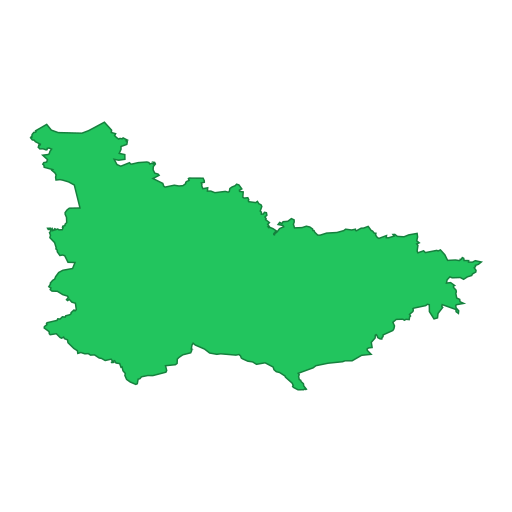 Newcastle West Lea-6, Limerick, Ireland
{"feature_id": "5873133B14454086811136", "entity_name": "Newcastle West Lea-6", "entity_type": "district", "adm_level": 2, "iso_a3": "IRL", "parent_name": "Ireland", "parent_adm1": "Limerick", "projection": "robinson", "projection_center": [-9.078, 52.442], "detail": "fine", "context": "isolated", "style": "filled", "palette": "green", "viewbox_px": 512, "rotation_deg": 0, "n_neighbors": 0, "source": "geoboundaries", "source_scale": "gbopen_adm2", "svg_char_len": 5985}
<svg xmlns="http://www.w3.org/2000/svg" viewBox="0 0 512 512"><path d="M458.4,313.4L458.7,310.8L456.1,307.9L455.7,305.7L456.4,304.7L463.7,303.4L460.0,301.7L459.7,299.4L456.7,298.0L455.8,293.4L456.3,291.9L456.0,290.1L453.5,287.4L453.5,286.0L454.6,285.5L450.6,282.6L446.4,283.1L447.1,279.8L449.9,276.8L452.1,277.8L460.2,277.5L463.6,279.3L467.5,276.8L471.7,275.5L472.4,274.0L475.8,272.0L476.0,270.3L474.2,267.8L475.5,266.6L475.4,265.4L478.4,264.3L481.3,262.0L475.3,260.7L472.4,262.2L468.5,262.1L468.7,260.6L464.1,260.5L463.7,258.3L462.3,257.6L461.4,259.2L460.3,259.3L460.4,259.8L459.3,260.6L455.5,260.0L447.6,260.4L444.8,254.7L440.4,249.9L438.1,251.0L436.8,250.4L425.4,252.6L423.6,250.8L417.9,252.8L417.1,251.1L417.9,245.4L416.7,243.9L419.2,242.8L416.7,240.8L417.6,237.0L417.1,233.4L408.7,234.9L404.0,236.8L397.4,236.4L394.8,234.4L393.0,234.5L394.2,236.1L388.2,237.9L386.2,237.7L386.5,235.6L378.9,238.4L377.3,237.5L375.6,235.1L375.9,233.3L374.3,233.2L372.5,231.0L371.3,230.6L368.2,226.4L363.6,228.1L361.1,228.2L356.4,230.8L355.6,230.5L355.4,229.2L351.7,230.0L345.6,229.2L343.8,230.6L337.0,232.5L326.6,233.1L320.0,235.2L317.7,235.1L314.8,232.3L314.0,230.6L312.9,230.5L312.6,229.0L309.8,227.0L306.4,226.2L302.1,227.6L294.5,227.9L293.4,224.2L294.2,222.0L294.1,219.9L291.4,218.6L287.8,221.3L283.1,221.7L281.9,223.5L279.7,222.4L278.1,224.5L282.9,225.5L283.7,226.8L279.6,228.6L277.1,231.9L274.7,233.8L274.5,234.8L273.8,234.6L273.7,233.8L276.2,230.8L272.9,228.6L269.7,227.3L268.8,227.7L268.1,226.8L269.4,226.7L267.7,224.3L269.4,222.6L265.6,219.6L266.1,218.7L265.0,217.0L266.9,215.2L266.4,212.7L264.4,212.3L263.4,214.0L261.4,214.2L261.4,212.1L260.2,211.1L261.8,206.5L261.1,204.9L258.8,203.7L257.4,201.4L255.8,202.6L248.7,201.7L248.3,200.8L248.8,199.8L247.8,197.7L244.2,198.1L242.8,197.2L243.2,191.9L239.6,191.4L239.4,190.1L241.8,188.9L238.9,184.9L236.6,184.2L235.2,185.7L232.0,187.0L229.9,188.5L229.3,191.5L228.2,192.2L225.3,191.4L214.9,192.7L210.9,191.1L207.4,191.1L207.7,187.8L202.9,188.7L201.7,185.9L201.9,184.5L201.3,182.9L204.3,182.3L204.3,180.8L203.1,178.2L189.2,178.1L188.4,178.6L189.1,180.4L186.4,181.6L185.7,182.5L185.7,183.6L182.9,185.7L178.9,186.0L174.3,185.2L165.1,187.1L163.7,186.1L162.8,183.4L152.9,178.5L159.1,175.3L158.1,174.1L154.7,173.1L153.1,169.8L153.3,166.6L155.4,164.0L154.6,162.4L153.7,162.3L154.4,162.9L153.5,163.1L153.9,163.3L153.4,164.0L151.9,163.2L149.9,164.0L148.9,162.5L146.9,162.0L138.3,162.6L131.7,164.1L130.6,164.0L129.5,162.7L120.8,166.2L117.0,164.6L114.1,159.3L118.7,160.2L124.9,159.3L124.8,154.6L119.2,153.4L121.0,149.3L121.0,146.5L126.8,144.4L127.3,141.7L126.1,140.9L127.4,140.1L123.1,137.9L122.2,138.8L119.9,138.4L118.7,139.1L116.5,137.5L114.6,135.6L115.6,133.7L111.3,132.5L111.6,130.2L104.4,122.2L88.7,130.6L81.9,133.2L58.2,132.6L51.3,130.1L46.7,124.4L35.7,130.7L36.1,131.2L35.7,132.1L33.8,132.4L32.1,134.5L31.9,136.3L31.1,137.0L31.6,137.5L30.7,137.9L32.3,139.9L34.2,140.2L35.4,141.7L40.4,144.2L40.1,145.0L38.7,145.1L38.7,146.7L38.2,147.1L39.8,148.9L43.1,148.8L46.1,149.9L47.1,149.6L47.2,148.4L49.0,148.0L51.6,149.1L50.0,151.3L49.2,153.8L48.2,154.5L42.7,155.2L47.5,159.6L46.6,162.1L43.8,162.6L42.8,164.2L43.9,165.2L44.2,167.3L52.7,169.6L51.8,170.3L54.8,172.8L56.1,174.9L55.6,177.1L56.0,180.0L60.0,179.6L62.6,180.1L68.6,181.9L74.3,185.0L80.0,208.0L69.3,208.2L67.1,209.9L65.1,212.6L65.2,214.4L66.5,217.3L66.7,222.6L65.1,224.2L64.9,225.6L62.8,226.2L62.5,227.3L63.1,227.5L62.3,229.7L59.0,229.9L57.7,229.0L56.1,229.6L54.8,228.7L54.2,229.3L55.0,229.9L52.4,230.7L52.2,228.8L51.1,229.9L50.7,228.2L47.6,228.3L48.3,229.5L49.5,229.2L50.5,230.0L50.5,231.6L49.5,232.6L50.5,235.2L49.9,237.7L54.6,242.6L56.2,247.9L55.9,248.9L57.2,250.1L57.3,251.8L59.9,255.5L62.5,255.0L64.7,255.7L68.0,262.3L75.0,262.5L72.6,268.5L62.8,270.3L58.7,272.5L55.6,276.7L54.7,279.1L52.7,280.3L50.3,283.1L50.5,284.0L48.8,286.7L50.9,287.9L50.2,289.6L52.0,291.1L57.4,291.3L62.7,294.6L67.5,296.1L68.3,297.4L66.5,299.7L67.7,300.6L69.2,299.3L71.9,302.2L75.4,303.2L76.3,309.6L75.0,310.9L74.0,310.0L71.1,312.6L71.1,313.6L69.9,314.7L65.7,315.8L65.1,317.1L62.4,316.8L60.0,319.1L57.8,318.8L57.0,320.4L47.1,322.7L46.5,323.4L46.9,324.7L44.4,326.6L44.2,328.0L49.1,331.6L49.3,333.7L50.2,334.7L56.3,333.7L60.1,337.5L61.6,338.2L63.6,337.1L64.5,338.7L67.5,339.8L68.0,342.7L73.9,348.5L77.4,350.7L77.8,353.4L80.9,352.5L84.8,353.8L88.3,353.6L90.5,355.1L94.5,354.9L99.2,358.0L101.5,358.4L105.2,360.5L111.1,359.2L112.7,361.3L111.5,362.2L111.8,362.6L113.6,362.4L112.9,361.3L114.6,360.7L116.0,363.0L119.7,363.6L121.0,367.3L122.0,366.9L123.0,370.8L125.3,373.5L124.9,375.5L126.6,379.4L130.2,382.0L135.8,384.4L137.3,383.7L138.1,379.2L139.9,378.7L141.5,376.8L147.8,375.5L152.8,375.6L165.9,372.2L166.7,370.5L165.5,365.7L175.4,364.7L177.1,363.4L177.3,359.1L179.0,357.4L182.8,354.8L190.7,352.8L191.7,350.6L191.3,349.1L191.8,349.0L191.4,348.7L191.9,345.2L193.1,343.2L195.2,345.0L204.6,349.1L209.6,353.0L216.8,354.3L220.7,353.8L235.9,355.1L239.0,354.5L240.5,355.9L241.3,358.0L242.5,358.8L247.8,361.2L252.6,361.9L256.5,364.3L265.1,362.8L273.1,367.0L274.0,369.7L276.3,371.7L279.6,372.5L285.0,376.0L285.4,377.1L292.2,383.2L293.2,385.4L292.6,386.3L293.3,387.3L298.0,389.8L303.7,389.7L305.0,388.8L305.8,389.5L306.4,389.2L303.8,386.0L303.4,383.7L301.1,381.6L300.7,380.3L299.2,379.5L298.6,376.3L299.2,374.7L298.2,373.3L313.2,367.8L315.9,365.7L328.1,363.2L342.7,361.7L345.0,360.8L352.1,360.8L361.6,355.3L371.1,354.3L367.2,350.3L367.1,349.0L368.5,347.9L372.1,347.5L371.3,342.3L375.1,338.0L375.3,335.2L376.0,334.6L375.6,334.3L376.2,334.6L376.1,335.0L376.8,335.2L377.8,337.6L380.1,338.9L381.8,339.0L382.1,337.4L383.0,336.7L383.1,334.9L392.8,330.5L393.9,328.8L394.5,325.9L392.9,322.3L396.2,319.4L402.8,319.2L404.4,320.2L406.1,319.3L409.2,319.6L409.6,316.9L410.5,316.0L409.5,314.4L412.9,311.5L413.3,310.0L412.9,308.7L413.9,308.1L425.7,305.6L427.3,304.3L429.3,304.7L429.4,311.6L434.0,318.9L437.5,317.9L438.0,313.5L442.7,307.4L441.8,306.5L442.2,304.6L455.9,309.5L456.1,311.7L458.4,313.4Z" fill="#22c55e" stroke="#15803d" stroke-width="1.5"/></svg>